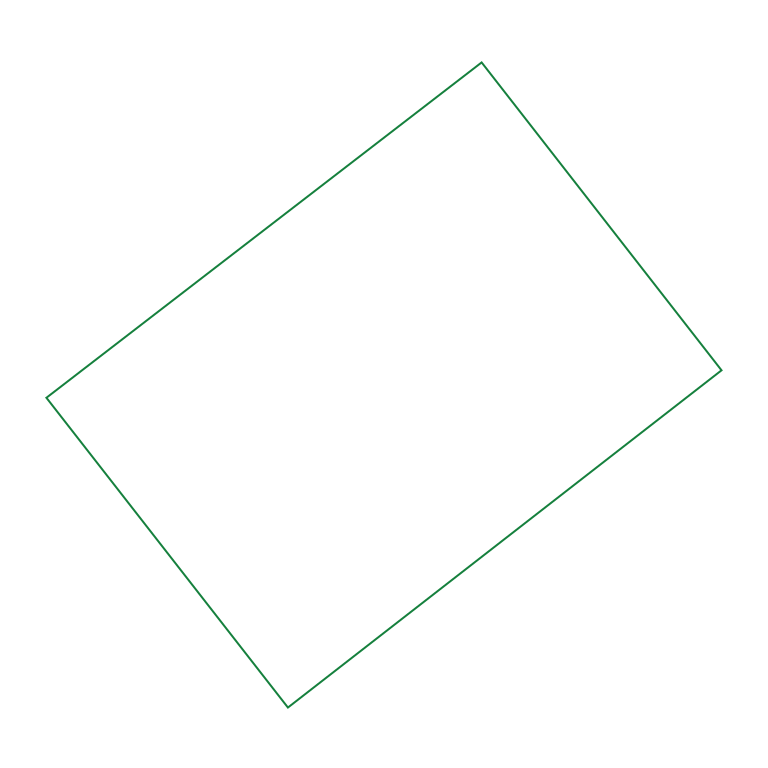 outline of Union, Iowa, United States of America, rotated 142°
{"feature_id": "52423323B51615834161457", "entity_name": "Union", "entity_type": "district", "adm_level": 2, "iso_a3": "USA", "parent_name": "United States of America", "parent_adm1": "Iowa", "projection": "natural_earth1", "projection_center": [-94.28, 41.027], "detail": "fine", "context": "isolated", "style": "outline", "palette": "green", "viewbox_px": 768, "rotation_deg": 142, "n_neighbors": 0, "source": "geoboundaries", "source_scale": "gbopen_adm2", "svg_char_len": 238}
<svg xmlns="http://www.w3.org/2000/svg" viewBox="0 0 768 768"><g transform="rotate(142 384 384)"><path d="M109.6,187.0L109.1,577.3L658.5,581.0L658.9,188.2L385.2,187.6L109.6,187.0Z" fill="none" stroke="#15803d" stroke-width="2"/></g></svg>